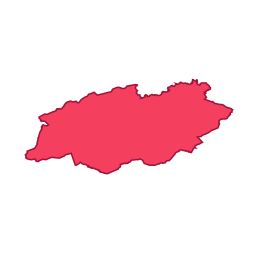 Taurenes pag., Vecpiebalgas, Latvia, rotated 348°
{"feature_id": "27541924B70861266122116", "entity_name": "Taurenes pag.", "entity_type": "district", "adm_level": 2, "iso_a3": "LVA", "parent_name": "Latvia", "parent_adm1": "Vecpiebalgas", "projection": "natural_earth1", "projection_center": [25.678, 57.137], "detail": "fine", "context": "isolated", "style": "filled", "palette": "rose", "viewbox_px": 256, "rotation_deg": 348, "n_neighbors": 0, "source": "geoboundaries", "source_scale": "gbopen_adm2", "svg_char_len": 5703}
<svg xmlns="http://www.w3.org/2000/svg" viewBox="0 0 256 256"><g transform="rotate(348 128 128)"><path d="M43.6,111.0L42.4,112.1L42.6,112.2L40.8,114.0L38.6,118.4L37.9,119.0L37.7,120.2L35.8,124.0L35.8,125.0L35.6,125.4L34.9,125.8L33.8,127.2L33.0,128.0L31.1,128.9L31.0,128.7L24.6,129.7L24.4,130.4L24.6,131.0L24.4,131.4L24.0,131.5L23.9,131.9L22.1,132.8L22.1,134.0L22.5,134.6L22.5,135.1L21.8,136.0L23.1,137.3L26.1,138.7L27.3,139.0L30.7,138.9L31.0,139.3L30.8,140.5L31.2,141.2L31.9,141.8L32.9,142.0L33.3,141.8L33.8,142.0L35.0,141.3L38.7,140.8L39.0,141.1L40.8,141.9L47.0,140.8L54.7,143.2L60.0,142.1L61.2,141.2L67.2,141.0L68.7,153.3L69.6,153.7L72.3,152.7L74.4,151.6L75.4,153.1L77.0,154.3L79.2,155.0L80.1,155.8L80.3,156.3L81.5,156.6L81.4,156.9L81.0,156.9L81.0,157.1L80.7,157.4L81.0,157.5L81.0,157.8L81.4,157.8L81.4,158.0L82.1,158.4L82.7,158.5L82.9,159.0L83.7,159.1L83.5,159.3L83.7,159.5L83.9,159.4L84.0,159.7L84.6,159.5L85.5,160.3L86.2,160.3L86.6,160.7L87.3,160.8L87.6,161.4L88.3,161.7L88.5,162.0L89.2,162.4L89.4,162.7L89.8,162.7L90.1,162.5L90.3,162.8L90.7,163.0L90.5,163.6L90.8,163.7L90.9,164.0L91.4,164.4L91.1,164.5L91.2,164.8L91.8,165.4L92.1,165.4L92.2,165.5L94.1,166.2L94.1,166.4L95.5,167.3L98.2,168.4L110.0,166.1L110.3,165.4L112.3,164.5L112.5,164.2L113.0,162.0L113.7,162.0L114.2,162.2L114.5,161.9L115.8,162.1L116.2,161.7L117.3,161.7L117.9,162.3L118.8,162.1L119.4,162.4L120.6,162.5L120.9,162.0L121.3,161.7L122.3,161.8L123.2,161.5L123.8,161.2L124.0,160.6L125.1,160.2L127.1,160.5L129.7,160.7L131.2,161.1L133.3,160.7L135.3,162.3L135.7,163.1L136.5,166.0L141.2,168.8L146.8,170.0L147.7,169.9L149.0,169.5L150.9,169.7L152.7,168.9L153.4,168.9L154.3,169.6L157.0,169.8L159.1,168.1L161.4,168.5L163.3,167.4L166.6,164.7L168.1,163.7L169.2,162.3L170.8,161.7L171.9,161.6L172.5,161.3L173.1,161.4L173.4,160.9L174.6,160.4L175.9,160.4L177.0,161.4L178.6,161.8L179.4,162.6L179.8,162.7L180.4,162.4L180.9,162.6L181.1,162.9L181.6,163.0L181.8,163.2L181.9,163.5L182.2,163.6L182.0,163.8L182.1,164.1L182.9,164.1L183.4,164.3L183.5,164.5L183.9,164.5L184.2,165.0L184.9,165.2L185.1,165.1L185.1,164.6L185.5,164.0L186.0,163.9L186.5,163.5L187.2,162.1L188.6,161.3L189.2,161.3L189.9,161.5L189.2,160.7L189.5,160.0L189.8,159.7L191.9,158.8L193.7,158.5L194.5,158.6L196.9,157.6L197.8,157.6L197.2,156.1L196.9,155.8L194.1,151.2L197.9,151.5L199.6,150.4L202.5,150.1L204.5,149.5L205.2,149.5L209.3,147.8L215.9,146.6L218.4,143.0L217.9,142.1L218.3,141.4L218.7,139.7L220.5,138.8L223.6,139.0L224.6,139.4L226.8,139.3L228.4,137.7L231.0,136.0L230.7,134.9L232.4,134.0L233.0,134.1L233.4,132.5L234.2,132.0L232.9,130.5L228.4,128.0L225.3,124.7L222.9,124.1L218.0,122.0L216.3,119.8L215.6,120.0L208.9,115.8L211.1,114.3L209.8,110.8L210.5,110.5L210.1,110.4L210.6,109.9L210.2,109.5L210.5,109.4L210.3,109.0L210.8,109.1L211.5,108.9L211.6,108.6L211.9,108.7L212.0,108.1L212.2,107.9L212.6,108.1L213.0,108.0L213.8,107.3L214.7,107.2L214.8,107.6L215.1,107.4L216.3,107.3L217.0,106.2L216.8,105.6L216.9,105.3L216.2,104.9L216.1,104.4L216.2,103.7L214.8,101.8L214.4,101.6L213.9,100.8L214.0,100.3L213.8,100.1L212.5,100.0L210.4,99.4L209.0,99.3L207.7,99.8L207.5,100.1L207.7,100.7L207.5,100.9L206.4,100.9L205.7,100.3L205.5,99.9L204.6,99.0L204.5,98.4L205.4,97.7L204.9,97.0L205.1,96.6L205.5,96.4L205.6,96.1L205.7,95.8L205.5,95.3L205.0,95.2L204.8,95.9L204.1,96.2L202.3,95.2L202.0,94.3L201.3,94.1L201.3,94.4L200.9,95.3L200.3,96.1L200.7,96.7L200.7,96.9L200.3,97.1L199.7,97.1L199.3,97.2L199.5,97.5L200.1,97.5L199.9,97.8L199.3,97.9L198.7,97.7L197.9,98.2L197.7,98.0L197.0,98.1L196.0,97.3L195.3,97.3L195.3,96.8L194.8,96.8L194.4,96.5L193.9,96.5L193.5,95.9L192.4,95.8L191.7,96.0L191.4,95.7L190.4,95.3L189.2,94.2L188.7,94.3L188.6,94.8L187.7,94.7L186.9,95.4L185.3,95.6L185.1,95.5L184.9,94.9L184.1,94.5L184.5,95.1L183.1,95.8L182.2,96.8L181.9,97.0L181.2,96.7L180.1,95.5L178.7,95.8L177.5,96.5L175.4,96.7L175.0,97.6L175.6,98.1L175.7,98.9L176.2,99.1L176.3,99.2L175.1,99.3L175.7,100.2L175.7,100.4L175.4,100.4L175.4,100.1L175.2,100.0L174.7,100.2L174.5,100.5L172.8,100.9L171.7,100.7L171.7,100.3L171.2,100.3L169.9,99.7L169.3,99.6L169.2,99.8L169.5,99.9L169.2,100.3L168.6,100.4L168.1,100.8L168.2,101.3L167.8,101.8L166.3,102.6L165.6,102.7L164.4,102.5L163.6,101.9L162.8,101.6L161.7,101.8L161.4,101.6L161.5,101.2L161.4,101.0L159.6,101.3L159.0,100.5L158.5,100.2L155.8,100.8L155.7,101.2L155.5,101.4L153.6,101.2L153.6,100.2L152.5,99.2L152.1,99.2L151.1,99.8L151.5,100.6L151.5,100.9L151.4,101.1L149.1,101.3L147.8,101.9L147.2,101.6L147.8,101.5L147.0,100.9L147.0,100.5L146.3,99.3L146.5,98.1L144.4,97.7L143.5,95.2L143.8,95.0L143.8,94.7L144.3,94.3L144.3,93.9L144.8,93.5L145.0,93.3L144.0,92.0L143.6,90.7L143.6,90.2L144.6,88.7L145.1,88.4L145.8,88.5L146.0,88.3L146.1,88.0L145.8,87.7L144.2,87.1L135.7,86.8L133.7,88.4L132.4,88.4L132.4,88.5L132.1,88.6L131.3,88.4L129.6,87.7L129.1,87.3L129.2,87.2L127.9,86.5L126.7,86.1L125.4,86.1L121.5,86.7L120.3,87.4L119.7,88.9L119.4,89.0L104.8,89.5L102.3,86.0L100.7,86.2L99.3,86.7L96.8,86.7L95.9,87.3L95.3,88.1L94.8,88.4L91.8,89.0L88.1,90.5L85.2,93.0L83.8,92.7L83.6,92.6L83.6,92.1L83.0,91.4L82.0,91.3L81.9,91.1L82.0,91.0L81.3,90.9L80.9,91.1L79.6,91.1L79.1,90.8L78.4,90.6L77.8,89.8L76.0,89.8L75.6,90.2L75.1,89.9L74.0,90.0L73.2,90.3L73.3,90.5L73.1,90.7L72.0,90.9L71.2,91.7L70.1,92.5L70.0,93.4L68.0,94.4L67.3,95.2L66.6,95.5L66.2,95.6L65.2,94.9L63.9,95.1L63.4,94.6L62.4,94.5L61.4,95.5L61.4,96.1L58.6,96.6L58.0,96.5L51.7,97.8L49.4,97.1L43.3,98.8L43.1,100.2L43.9,100.7L44.3,101.4L43.9,102.0L44.2,102.5L44.8,102.9L44.5,103.3L44.8,103.6L45.7,103.4L46.6,103.8L47.2,103.8L48.4,104.4L50.9,108.4L49.3,109.1L47.6,108.4L47.2,108.5L46.0,107.4L45.2,107.3L44.8,107.7L44.6,108.1L43.9,108.5L44.1,108.9L43.8,109.3L44.2,109.4L44.0,109.8L43.3,110.1L43.6,111.0Z" fill="#f43f5e" stroke="#9f1239" stroke-width="1.5"/></g></svg>